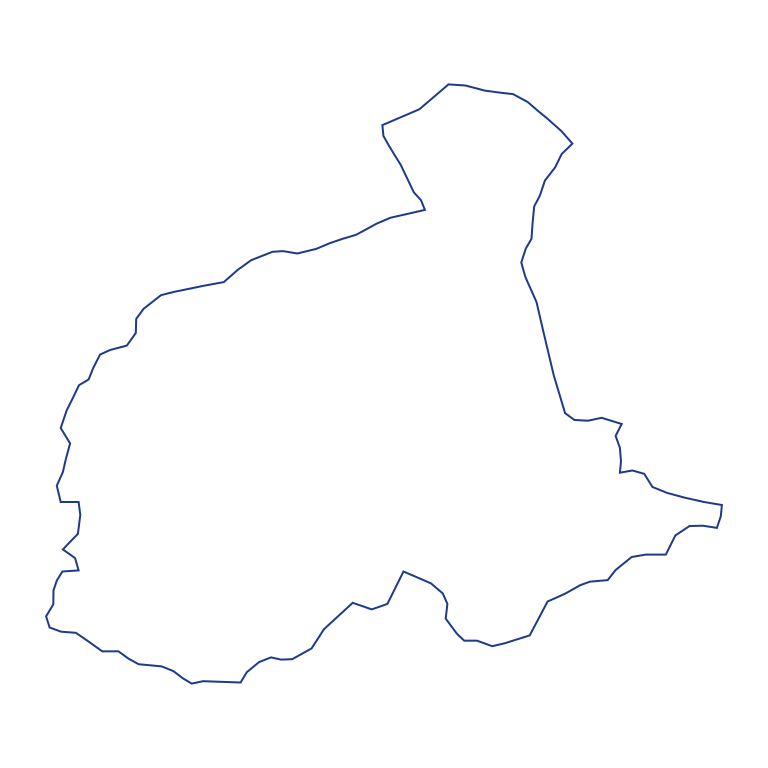 Salgado de São Félix, Paraíba, Brazil
{"feature_id": "56859067B36936813267627", "entity_name": "Salgado de São Félix", "entity_type": "district", "adm_level": 2, "iso_a3": "BRA", "parent_name": "Brazil", "parent_adm1": "Paraíba", "projection": "albers", "projection_center": [-35.46, -7.402], "detail": "fine", "context": "isolated", "style": "outline", "palette": "blue", "viewbox_px": 768, "rotation_deg": 0, "n_neighbors": 0, "source": "geoboundaries", "source_scale": "gbopen_adm2", "svg_char_len": 1810}
<svg xmlns="http://www.w3.org/2000/svg" viewBox="0 0 768 768"><path d="M465.4,85.5L448.5,84.4L419.3,109.3L382.4,125.1L383.4,135.9L389.1,146.0L400.9,165.2L413.8,192.3L421.0,200.2L424.9,209.9L390.2,217.8L376.7,223.6L356.1,234.8L342.6,238.8L329.7,243.2L316.2,248.9L297.2,253.5L283.2,251.1L272.5,251.8L251.3,260.1L237.8,269.8L223.8,282.1L204.1,285.7L174.4,291.8L161.1,295.1L143.6,308.8L136.2,318.9L135.8,333.0L126.8,345.6L110.0,350.0L100.0,354.6L93.2,368.1L88.6,379.5L79.0,385.2L72.5,398.7L66.8,410.1L60.7,428.0L70.1,443.4L65.7,459.7L62.9,472.0L56.8,485.7L60.7,502.0L78.6,502.0L80.3,514.9L77.9,533.9L70.3,541.6L62.9,549.5L75.1,558.1L78.6,570.4L62.4,571.5L56.8,580.6L53.5,590.3L53.3,604.4L46.1,616.3L49.6,627.5L61.1,631.7L75.8,632.8L87.1,640.5L102.2,651.3L118.4,651.3L128.6,658.7L138.5,664.2L150.2,665.3L161.6,666.4L173.4,671.1L182.8,678.3L191.7,683.6L203.1,681.2L240.6,682.5L246.8,672.2L259.2,662.0L271.0,657.4L281.0,659.6L292.2,659.2L311.6,648.4L324.0,629.2L352.7,602.8L371.7,609.4L387.4,603.9L403.5,571.5L431.0,583.4L442.8,593.5L447.4,603.9L445.7,618.6L456.8,633.6L464.2,640.7L477.1,640.7L492.2,646.2L504.6,643.3L529.7,635.4L547.6,601.5L564.9,593.8L580.2,585.2L589.8,581.7L607.7,580.1L615.6,570.0L631.7,557.0L645.7,554.6L665.8,554.6L675.4,535.4L689.6,526.0L702.9,525.7L716.9,527.9L720.8,516.3L721.9,505.0L704.0,502.0L684.4,497.6L667.1,492.9L652.5,487.0L644.2,473.8L632.4,470.5L619.9,472.7L621.0,461.4L619.9,447.8L615.6,435.9L621.7,424.0L601.6,417.8L588.1,420.7L574.5,420.0L565.1,413.2L553.8,375.5L543.3,331.3L536.5,302.0L530.4,288.3L525.4,277.1L521.3,262.5L525.8,248.5L531.5,238.8L532.6,222.9L534.2,206.4L539.8,195.8L544.9,180.6L555.1,167.4L561.7,154.0L572.4,143.6L561.2,130.9L547.0,118.3L538.1,111.0L527.6,102.0L513.0,94.1L501.2,92.8L484.8,90.6L465.4,85.5Z" fill="none" stroke="#1e3a8a" stroke-width="2"/></svg>